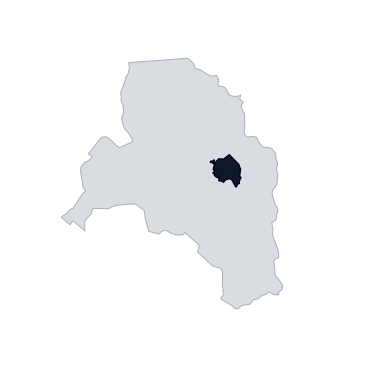 Wulu, Lakes, South Sudan shown in context, rotated 221°
{"feature_id": "79223893B61000747889625", "entity_name": "Wulu", "entity_type": "district", "adm_level": 2, "iso_a3": "SSD", "parent_name": "South Sudan", "parent_adm1": "Lakes", "projection": "albers", "projection_center": [29.335, 6.219], "detail": "fine", "context": "in_parent", "style": "filled", "palette": "ink", "viewbox_px": 384, "rotation_deg": 221, "n_neighbors": 0, "source": "geoboundaries", "source_scale": "gbopen_adm2", "svg_char_len": 4382}
<svg xmlns="http://www.w3.org/2000/svg" viewBox="0 0 384 384"><g transform="rotate(221 192 192)"><path d="M294.0,279.0L284.3,288.8L283.6,289.4L282.4,290.2L278.5,290.3L274.4,289.8L270.6,287.3L266.8,289.3L264.4,289.9L262.9,290.2L259.5,290.5L254.8,291.6L252.6,292.9L251.4,294.0L250.5,295.9L250.0,296.1L249.1,295.9L247.9,295.1L245.3,294.0L244.0,291.6L242.8,290.1L241.8,289.3L237.8,291.8L235.8,292.4L234.2,292.3L231.3,290.9L228.0,289.8L226.3,289.8L223.8,291.3L221.0,293.5L219.5,295.6L218.8,296.9L217.8,294.9L216.9,293.7L215.5,293.2L212.8,293.7L212.1,293.0L212.0,291.4L211.6,289.8L210.9,288.6L208.8,287.5L203.3,285.1L199.2,280.5L197.1,278.3L195.5,276.9L193.4,273.2L190.9,270.6L187.9,269.4L185.9,270.0L183.9,272.8L180.1,275.3L178.3,275.4L176.0,274.0L173.2,273.0L168.1,272.6L166.0,273.8L163.3,275.8L160.9,276.9L159.5,277.1L158.1,276.6L156.6,276.3L155.3,276.3L152.6,274.5L151.2,273.2L150.2,271.9L148.7,271.0L146.9,270.3L145.6,269.2L145.0,267.8L144.0,266.0L142.7,264.3L138.5,261.4L137.3,259.7L136.4,258.0L134.8,256.1L133.0,253.6L132.4,250.0L132.3,247.1L131.9,245.7L131.2,244.4L130.3,243.2L128.9,241.9L125.5,240.0L122.0,237.8L120.3,236.6L117.2,236.1L115.3,234.8L113.7,232.1L113.1,229.9L111.5,228.2L110.8,226.9L110.4,225.5L111.7,221.2L109.9,219.7L107.1,217.7L105.2,215.5L104.0,213.5L100.5,210.8L92.8,206.8L88.4,204.3L86.0,202.0L83.9,199.8L83.7,198.9L85.1,196.7L85.3,194.8L84.2,192.8L79.6,189.0L76.0,184.8L73.2,183.5L66.6,182.3L64.7,181.8L62.7,181.0L60.7,179.1L60.1,176.9L61.1,173.4L60.4,172.3L59.3,172.0L59.6,171.3L60.9,169.6L63.0,168.5L68.5,166.8L68.8,166.1L69.0,163.9L69.4,162.8L71.3,159.8L71.6,158.6L71.7,156.0L72.0,154.7L72.5,153.9L74.1,152.4L74.6,151.5L74.9,149.5L74.7,145.5L75.5,144.0L79.0,140.4L79.9,138.8L80.3,137.4L80.3,135.9L80.5,134.5L81.5,133.1L82.4,132.7L84.9,132.3L86.7,132.6L98.9,130.2L100.3,130.6L100.9,132.0L100.8,134.3L101.0,135.5L101.7,136.3L103.6,137.4L104.9,139.2L105.7,139.9L107.6,141.2L116.6,151.8L119.2,152.8L121.6,152.5L126.6,150.3L129.0,149.7L146.3,150.4L148.2,150.1L148.3,150.1L150.9,155.4L152.2,156.7L171.1,156.7L170.7,155.2L170.9,153.6L174.3,150.3L174.7,149.9L177.7,148.4L180.5,147.3L186.0,146.1L188.0,144.2L189.1,142.5L189.1,139.0L189.8,138.5L191.1,137.7L197.5,134.6L198.5,133.9L209.7,141.1L216.0,146.7L216.4,147.0L216.7,147.1L217.1,146.9L217.4,146.6L218.1,146.4L220.8,146.3L225.9,146.0L227.6,145.3L237.7,135.2L240.3,131.9L241.0,131.3L242.4,129.0L244.0,125.0L244.3,124.5L255.4,115.0L255.8,114.3L255.9,113.7L254.2,110.5L253.8,108.9L253.7,106.4L254.0,102.5L253.9,100.1L253.7,99.4L247.4,92.4L263.1,92.2L263.1,91.3L263.1,91.0L262.8,90.2L262.6,89.1L262.6,88.5L262.7,87.9L262.7,87.6L262.6,87.3L262.6,87.2L274.0,87.2L273.9,89.1L272.5,93.8L272.6,96.5L272.3,99.7L271.9,100.6L271.3,101.4L271.1,101.8L271.1,102.1L273.6,119.9L273.4,120.6L272.8,121.7L272.6,122.1L272.6,122.4L272.9,122.6L278.1,124.4L278.3,124.6L278.5,124.7L280.4,127.0L290.8,135.3L291.1,135.8L292.2,138.4L292.3,138.8L292.4,139.4L292.4,139.9L292.1,141.5L292.2,142.2L292.4,142.7L292.5,143.3L292.4,143.8L290.9,146.9L290.5,149.1L290.3,150.9L290.4,152.0L290.6,152.7L290.8,152.9L290.9,153.0L295.3,153.0L295.3,154.0L296.1,170.0L296.1,171.8L295.9,174.1L295.4,175.0L294.2,176.3L292.6,177.5L288.6,177.8L285.3,177.8L282.9,177.5L279.6,177.5L276.6,177.7L275.5,178.7L271.5,187.3L270.3,189.5L270.0,190.7L270.4,191.5L271.9,192.5L275.4,194.0L279.4,194.9L282.3,195.2L284.4,195.6L285.9,196.1L291.6,199.9L293.4,201.7L294.4,203.3L294.7,205.0L295.5,206.7L300.7,212.0L305.6,214.5L307.5,217.3L309.3,218.7L311.0,220.1L312.0,222.4L314.2,228.8L315.6,232.1L317.1,234.9L317.8,239.4L318.9,241.3L320.2,243.8L322.2,246.0L324.3,247.6L324.7,248.1L303.6,269.2L294.0,279.0Z" fill="#d9dde1" stroke="#a8b0b8" stroke-width="1"/><path d="M197.6,226.5L196.9,226.7L196.4,227.6L194.5,227.5L192.6,227.2L192.4,226.0L191.0,223.3L189.9,222.8L189.8,223.6L189.1,223.5L189.2,222.7L188.3,221.7L188.7,220.6L188.4,220.1L187.5,220.5L186.3,219.6L185.6,220.5L185.0,220.5L185.2,219.3L183.6,219.2L180.7,220.3L179.2,218.3L178.6,218.3L178.0,219.3L174.6,220.1L174.8,221.5L174.4,223.9L172.3,226.9L169.8,227.3L169.7,227.3L162.7,224.7L162.0,225.0L162.7,227.8L161.9,229.5L162.6,230.0L163.3,230.6L164.5,234.9L166.5,235.2L170.4,241.1L172.2,242.0L175.0,243.5L182.7,244.1L188.3,244.5L188.5,243.6L189.8,237.3L193.6,234.6L193.6,229.2L195.2,229.1L195.5,230.3L196.5,230.5L196.2,229.1L197.8,227.9L198.0,227.1L197.6,226.5Z" fill="#0f172a" stroke="#020617" stroke-width="1.5"/></g></svg>